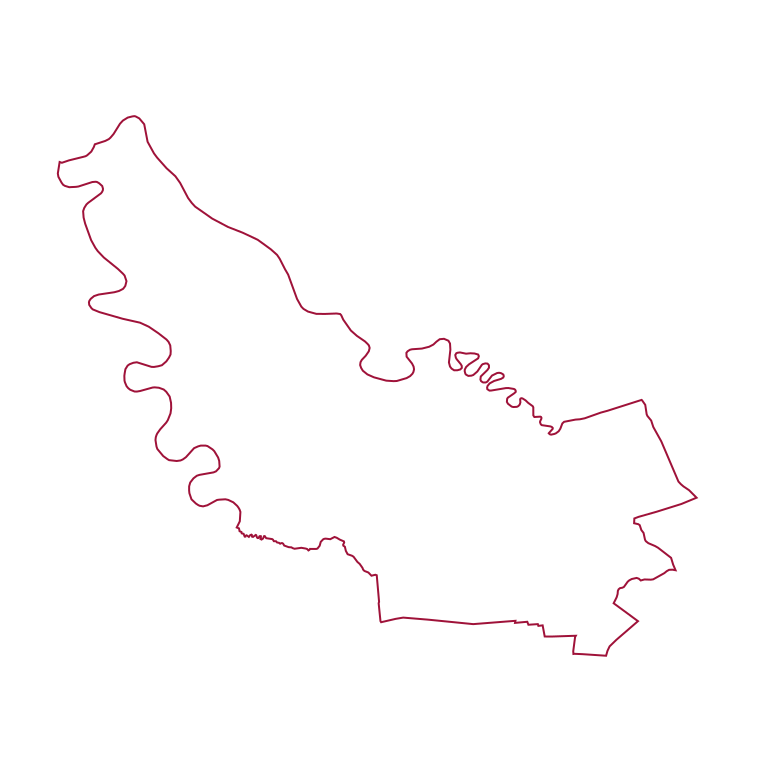 Vi Thanh, Hau Giang, Vietnam (Natural Earth projection), rotated 82°
{"feature_id": "81297802B29627750987730", "entity_name": "Vi Thanh", "entity_type": "district", "adm_level": 2, "iso_a3": "VNM", "parent_name": "Vietnam", "parent_adm1": "Hau Giang", "projection": "natural_earth1", "projection_center": [105.433, 9.753], "detail": "fine", "context": "isolated", "style": "outline", "palette": "rose", "viewbox_px": 768, "rotation_deg": 82, "n_neighbors": 0, "source": "geoboundaries", "source_scale": "gbopen_adm2", "svg_char_len": 6154}
<svg xmlns="http://www.w3.org/2000/svg" viewBox="0 0 768 768"><g transform="rotate(82 384 384)"><path d="M441.6,166.3L442.5,173.3L445.9,190.0L446.2,195.0L445.9,199.3L446.5,210.9L447.9,212.9L452.8,215.6L455.1,217.6L456.8,220.7L457.2,222.5L457.4,225.6L456.8,226.9L455.7,227.7L451.9,223.2L451.1,223.0L449.9,223.8L449.2,225.0L446.7,233.5L445.8,234.3L443.8,234.8L442.7,234.6L440.3,233.0L439.3,232.8L438.5,233.1L438.1,233.7L437.6,239.7L435.9,240.5L427.9,239.4L426.7,239.8L422.7,243.9L419.9,246.1L417.6,248.8L417.2,249.9L417.4,250.8L418.1,251.3L421.2,251.5L423.3,252.5L424.6,254.1L425.1,255.6L424.8,259.2L424.1,260.8L420.8,264.0L418.8,264.8L415.8,264.1L414.8,263.3L411.3,256.3L410.2,254.7L409.3,254.5L407.9,254.9L407.0,256.0L405.3,261.4L405.0,263.6L405.4,278.8L405.2,280.5L403.5,282.4L401.9,282.4L400.3,281.7L398.1,279.3L396.3,274.5L395.2,267.3L394.2,265.0L392.9,264.3L391.3,264.5L390.6,265.2L389.5,266.7L388.9,268.5L388.9,270.5L390.7,275.9L395.9,281.2L396.4,282.2L396.6,283.2L396.3,285.5L395.9,286.2L394.6,287.5L393.0,287.9L390.0,287.1L384.5,279.6L382.5,277.8L380.2,277.5L379.4,277.8L378.2,278.7L377.7,280.8L378.1,283.5L378.7,284.5L384.6,289.8L387.5,294.3L387.9,296.3L387.7,299.4L386.2,301.4L385.2,302.0L382.6,302.3L381.0,302.0L378.6,300.3L376.3,297.0L371.7,287.2L369.6,286.2L367.9,286.7L366.4,290.1L365.6,294.1L365.4,298.5L363.3,304.4L363.3,306.9L363.6,308.1L365.2,309.4L367.9,309.2L369.5,308.6L374.9,305.3L376.8,304.5L378.9,304.7L380.2,306.4L380.6,309.5L380.2,312.6L378.2,314.9L375.9,316.2L371.7,316.7L359.3,313.5L353.1,313.0L350.1,314.2L347.6,318.3L347.4,322.6L349.4,326.2L351.8,329.6L353.4,334.1L354.2,341.5L353.5,351.4L353.7,353.5L354.9,356.1L356.3,357.5L360.1,357.8L367.6,353.4L370.8,352.3L373.6,352.2L376.2,353.2L377.8,354.4L379.8,357.0L381.3,360.8L382.8,370.9L382.5,374.1L381.0,381.3L376.0,393.0L372.2,399.1L367.9,403.1L364.9,404.4L361.9,405.0L359.1,404.2L357.0,402.6L353.5,398.2L349.5,394.5L346.3,393.2L343.7,393.6L342.0,394.7L339.2,396.9L332.5,404.2L326.4,409.4L314.6,415.4L309.9,416.8L308.6,417.7L307.6,421.1L306.4,432.7L305.1,441.3L301.7,449.2L298.4,453.3L295.9,455.1L287.6,458.3L262.3,463.7L256.7,466.0L245.4,469.9L241.3,471.9L234.9,477.3L223.6,489.0L214.5,502.9L206.8,516.6L196.3,531.1L182.1,546.3L177.9,549.2L172.6,552.1L156.5,557.9L149.2,561.7L140.1,569.3L128.2,577.2L123.6,579.7L111.2,584.4L93.4,585.3L86.9,589.4L84.4,592.8L84.0,594.0L84.0,596.0L84.5,600.7L86.8,605.9L89.5,609.2L98.8,617.0L102.0,620.6L103.2,622.4L104.5,626.2L106.4,637.0L109.0,638.4L113.1,641.5L116.2,646.1L116.9,647.8L117.2,650.2L118.7,664.8L120.1,672.2L119.0,674.3L130.1,677.7L133.5,677.6L139.7,675.3L142.1,674.0L143.4,672.4L145.3,668.3L145.9,661.6L145.9,659.1L143.4,644.7L143.6,641.4L144.0,640.1L145.5,638.2L148.7,635.5L151.5,635.1L152.9,635.4L154.5,636.4L155.8,637.7L163.4,651.7L164.8,653.7L167.9,656.3L171.0,657.9L177.4,658.3L183.7,657.6L200.8,654.0L208.9,650.9L212.7,648.9L219.8,643.8L233.0,631.5L238.5,627.1L240.5,625.8L246.3,624.7L250.8,626.5L252.4,628.0L253.5,629.2L255.0,633.5L255.6,638.3L255.7,654.1L256.6,658.9L258.8,662.5L260.5,664.1L261.9,664.8L264.6,664.9L268.1,663.2L269.6,662.0L273.2,655.8L283.0,633.8L289.3,617.1L294.5,609.0L302.2,600.5L309.7,593.2L312.3,591.5L316.0,590.3L321.7,590.6L325.1,591.3L328.0,593.3L331.3,596.4L334.5,601.3L335.0,605.1L335.1,609.3L334.7,611.8L328.1,625.7L328.1,629.2L329.0,633.2L330.1,635.3L333.3,638.0L337.3,639.3L339.8,640.0L344.6,640.5L346.3,640.3L350.4,639.2L352.5,637.9L354.4,636.1L356.7,632.1L357.1,629.8L357.0,626.5L355.3,613.7L355.4,611.6L356.4,607.4L358.8,602.9L361.4,600.7L366.6,598.0L373.0,597.5L378.4,598.1L383.4,599.5L389.7,603.1L391.9,605.0L397.7,611.9L401.5,615.5L403.1,616.5L405.0,617.4L407.7,618.1L414.3,618.0L416.8,617.5L424.6,612.7L428.3,608.9L429.5,607.4L431.4,600.0L431.4,596.1L430.7,593.7L428.9,590.3L421.1,581.0L419.9,576.8L419.5,574.0L420.2,569.2L420.9,567.4L424.9,562.9L426.9,561.4L433.7,558.5L437.2,557.9L442.9,558.3L444.4,559.1L447.1,562.5L447.8,565.1L448.3,579.3L448.8,582.1L450.9,585.8L454.6,589.6L458.2,591.2L462.3,591.8L465.1,591.9L471.4,590.7L476.2,586.9L477.9,585.0L478.9,583.6L480.0,580.2L479.5,575.8L475.6,565.5L475.6,563.3L476.1,557.1L477.1,554.4L480.2,549.7L484.2,546.4L486.0,545.4L488.2,544.5L490.7,544.0L499.9,545.9L505.6,549.8L506.8,547.7L509.7,547.5L510.7,545.8L512.1,545.7L512.8,543.9L515.7,543.2L515.8,542.5L515.0,542.2L514.7,541.1L516.6,539.1L515.1,537.6L514.7,536.3L515.0,535.9L516.8,535.9L517.2,535.0L515.6,532.0L515.9,531.6L518.4,531.1L519.0,530.5L519.0,529.8L517.4,528.4L517.5,527.2L518.3,527.1L520.3,527.9L521.0,526.9L520.2,525.3L518.0,524.0L518.0,523.3L520.3,522.1L522.0,516.4L522.7,515.6L524.3,515.0L524.7,512.8L526.0,512.0L526.7,510.0L527.7,509.1L527.3,507.9L527.4,506.9L528.1,506.1L530.1,505.3L532.3,501.1L532.9,498.3L533.7,497.5L534.7,495.5L534.7,488.7L536.1,484.3L536.8,483.0L538.3,482.0L537.9,481.0L537.0,480.2L537.9,474.1L537.7,472.8L535.2,470.2L531.5,468.6L529.3,465.8L529.0,464.7L529.0,463.3L530.2,458.8L528.6,454.3L529.7,452.2L531.9,449.5L534.3,445.6L535.5,445.5L537.4,446.8L538.4,446.8L539.7,445.4L544.0,445.0L547.5,443.7L549.6,439.6L550.8,438.2L556.5,435.1L558.8,433.1L563.1,430.9L564.9,430.5L566.4,429.4L568.5,425.7L572.1,423.1L571.7,419.1L572.4,417.8L599.1,419.2L600.3,419.8L618.3,420.5L619.5,420.0L618.2,405.1L618.0,397.5L623.5,373.1L634.2,329.1L636.8,286.8L638.8,287.5L639.4,275.2L642.5,274.5L643.2,265.1L645.0,264.8L645.1,260.5L656.4,260.0L657.4,253.3L660.0,229.1L661.2,230.0L675.0,233.8L677.7,234.0L677.7,232.9L679.1,225.3L684.0,201.9L679.3,199.8L675.2,197.1L669.6,189.4L654.2,165.5L633.1,187.1L627.6,183.3L624.5,181.9L621.4,181.2L619.9,180.2L619.0,178.7L618.9,176.2L618.3,174.6L613.7,170.2L612.6,168.5L611.6,165.8L611.2,160.8L612.3,158.7L614.3,157.1L613.8,153.3L614.9,147.0L614.9,144.6L610.3,132.7L608.7,130.1L607.7,127.5L608.0,124.3L609.0,121.2L603.1,122.8L596.1,123.9L584.3,135.4L582.2,138.1L578.4,144.4L576.1,146.6L574.5,147.2L567.6,147.7L564.4,149.5L559.4,150.4L558.2,151.7L556.7,155.7L552.0,154.8L551.0,150.4L548.4,131.6L544.2,106.2L540.1,90.3L531.6,96.7L527.1,101.7L524.6,103.9L521.6,106.0L479.4,117.4L464.1,123.3L457.4,124.5L452.3,127.6L450.6,128.1L441.0,128.2L436.3,130.6L435.6,131.1L441.6,166.3Z" fill="none" stroke="#9f1239" stroke-width="2"/></g></svg>